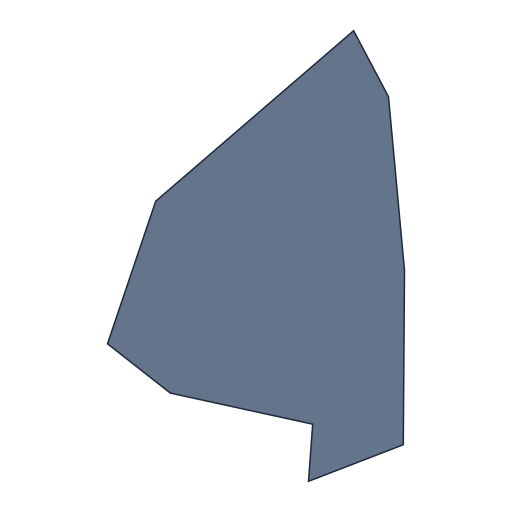 outline of Sliema
{"feature_id": "MLT-5936", "entity_name": "Sliema", "entity_type": "state/province", "adm_level": 1, "iso_a3": "MLT", "parent_name": "Malta", "parent_adm1": "", "projection": "natural_earth1", "projection_center": [14.506, 35.912], "detail": "fine", "context": "isolated", "style": "filled", "palette": "slate", "viewbox_px": 512, "rotation_deg": 0, "n_neighbors": 0, "source": "natural_earth", "source_scale": "10m", "svg_char_len": 249}
<svg xmlns="http://www.w3.org/2000/svg" viewBox="0 0 512 512"><path d="M353.6,30.7L388.5,96.8L404.5,270.4L403.3,444.7L308.5,481.3L312.7,424.2L170.3,393.1L107.5,343.8L155.7,201.2L353.6,30.7Z" fill="#64748b" stroke="#1e293b" stroke-width="1.5"/></svg>